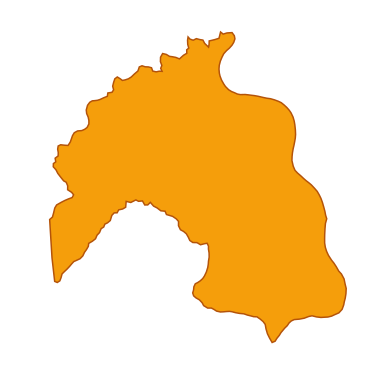 outline of Ponto Chique, Minas Gerais, Brazil, rotated 175°
{"feature_id": "56859067B60283118816321", "entity_name": "Ponto Chique", "entity_type": "district", "adm_level": 2, "iso_a3": "BRA", "parent_name": "Brazil", "parent_adm1": "Minas Gerais", "projection": "robinson", "projection_center": [-44.962, -16.605], "detail": "fine", "context": "isolated", "style": "filled", "palette": "amber", "viewbox_px": 384, "rotation_deg": 175, "n_neighbors": 0, "source": "geoboundaries", "source_scale": "gbopen_adm2", "svg_char_len": 3883}
<svg xmlns="http://www.w3.org/2000/svg" viewBox="0 0 384 384"><g transform="rotate(175 192 192)"><path d="M138.2,347.3L143.3,347.4L147.2,346.6L149.6,348.9L151.7,342.8L155.7,341.9L158.9,341.4L161.7,341.0L162.1,337.7L162.9,334.9L166.4,338.9L167.9,342.4L171.0,343.2L174.3,344.4L177.6,343.1L180.7,344.5L182.4,346.8L183.2,343.6L183.4,339.4L182.7,335.6L184.9,334.1L185.1,330.6L188.5,329.0L192.9,325.7L196.4,327.5L199.9,328.5L202.6,329.1L205.6,331.3L209.2,332.5L211.6,329.0L212.1,324.6L211.0,320.7L212.4,317.9L211.3,314.8L214.2,315.2L217.2,314.8L220.6,315.9L221.5,319.3L224.5,320.4L227.7,320.8L230.8,322.1L233.6,321.2L235.3,317.3L239.2,314.5L242.4,311.9L245.5,310.3L248.9,309.5L251.6,309.2L253.7,311.1L256.4,313.1L259.0,311.5L260.5,308.1L261.8,304.3L261.2,300.6L263.0,298.3L267.2,298.0L268.0,294.7L271.7,293.6L275.5,292.2L278.2,291.6L280.8,291.5L283.4,291.5L286.0,290.3L288.5,287.5L290.2,282.9L290.1,279.3L288.9,275.7L288.5,272.1L288.8,268.8L290.9,265.4L293.5,263.8L296.4,262.8L300.7,262.8L304.1,261.3L306.1,258.6L307.3,255.9L308.9,252.4L311.4,249.2L314.8,249.7L318.7,250.5L321.3,249.5L322.1,246.4L321.8,243.0L322.2,239.6L325.4,237.6L325.1,233.9L327.6,232.4L328.0,229.2L325.6,226.0L324.0,222.1L321.5,218.2L318.9,214.3L316.5,212.7L315.3,209.0L315.7,205.1L311.9,202.1L310.2,199.5L311.9,196.9L315.3,196.0L319.3,194.7L323.0,193.2L325.4,192.1L328.0,190.9L330.1,188.0L331.7,183.2L333.2,179.2L336.2,177.0L337.2,138.6L336.6,114.9L334.1,113.6L331.4,115.0L329.9,118.1L328.6,121.7L326.2,123.7L323.3,126.0L320.5,128.5L318.0,131.0L315.8,133.0L312.6,134.1L309.3,135.3L306.3,137.9L304.4,141.2L302.1,143.9L300.0,146.9L299.4,149.8L295.6,151.6L292.2,153.8L290.4,157.2L287.7,159.6L285.7,163.4L283.0,164.8L281.6,167.6L278.9,168.6L275.9,170.7L273.9,175.7L271.3,178.0L268.4,177.8L266.6,180.6L262.6,181.1L259.4,182.6L258.4,188.4L253.9,186.9L248.6,189.0L246.1,187.4L242.1,187.4L240.2,183.2L237.2,183.0L234.4,185.3L231.5,181.3L228.2,179.2L224.7,176.0L220.5,175.2L219.4,171.8L216.9,170.8L213.4,169.4L210.0,166.6L208.0,163.9L208.4,159.6L206.8,155.4L203.9,153.5L201.3,150.9L199.7,147.5L198.4,143.9L195.6,141.6L191.4,141.1L188.1,138.7L184.1,139.4L181.4,139.6L180.3,136.6L180.6,133.7L180.3,129.8L180.6,125.6L181.6,121.7L182.1,118.6L182.9,115.4L184.7,111.0L187.0,107.1L188.9,104.8L191.5,102.8L194.2,101.3L196.7,100.3L198.4,97.4L199.0,94.2L200.1,91.4L199.4,88.4L197.3,86.2L194.0,83.9L191.5,80.7L190.3,77.8L186.5,75.0L182.8,74.7L180.5,73.2L177.9,71.2L174.1,70.0L171.4,69.9L167.7,69.9L165.0,69.8L162.5,69.2L159.2,68.0L155.2,66.9L150.9,66.1L147.6,64.6L144.4,63.5L141.4,62.4L138.2,62.0L135.3,59.6L132.5,56.8L130.6,53.7L130.2,49.2L129.2,44.2L127.5,39.8L125.3,35.1L122.2,36.1L120.2,38.8L117.5,41.6L115.6,44.2L113.5,46.3L111.4,48.4L108.8,50.5L106.7,53.1L104.3,54.9L101.3,56.0L96.0,56.0L91.2,56.5L86.6,57.8L83.2,58.2L78.8,56.7L74.5,55.8L70.4,55.7L67.5,55.6L63.7,56.2L61.0,57.2L56.2,58.8L52.7,62.0L50.7,66.3L49.9,69.2L48.6,72.9L47.5,77.3L46.8,82.5L47.5,87.0L48.1,92.2L50.3,97.3L52.7,100.4L54.8,105.0L56.9,108.9L58.9,111.9L61.6,117.0L63.1,121.2L64.0,125.3L64.3,129.6L64.0,133.5L63.5,138.2L62.7,143.9L61.8,149.1L60.1,153.6L60.9,157.1L61.3,161.1L62.0,165.2L63.0,170.3L64.1,174.4L65.4,177.8L67.2,181.7L69.6,185.0L72.5,188.7L74.7,190.9L77.3,193.3L79.6,195.7L82.0,198.4L85.3,201.8L87.5,204.6L88.9,208.9L89.7,214.6L89.2,218.7L88.5,222.3L87.5,226.1L86.4,229.5L85.3,233.3L84.4,236.7L83.8,240.3L83.6,244.8L83.7,250.0L84.0,253.7L84.8,257.8L86.4,262.1L88.1,265.1L90.1,267.8L92.7,270.7L95.3,273.2L98.0,274.8L101.8,276.6L105.7,278.1L109.3,278.9L112.9,280.0L117.8,281.6L121.5,282.6L124.4,283.2L127.6,283.9L130.6,284.5L135.3,284.8L138.2,285.6L141.0,287.2L143.8,288.6L146.6,290.7L149.5,294.2L151.0,296.9L152.8,300.9L154.0,305.1L154.4,308.1L154.4,312.1L153.8,315.8L152.3,320.0L150.4,323.6L148.3,327.0L145.2,329.9L142.3,332.0L139.4,334.7L137.4,337.4L135.9,340.8L136.2,344.0L138.2,347.3Z" fill="#f59e0b" stroke="#b45309" stroke-width="1.5"/></g></svg>